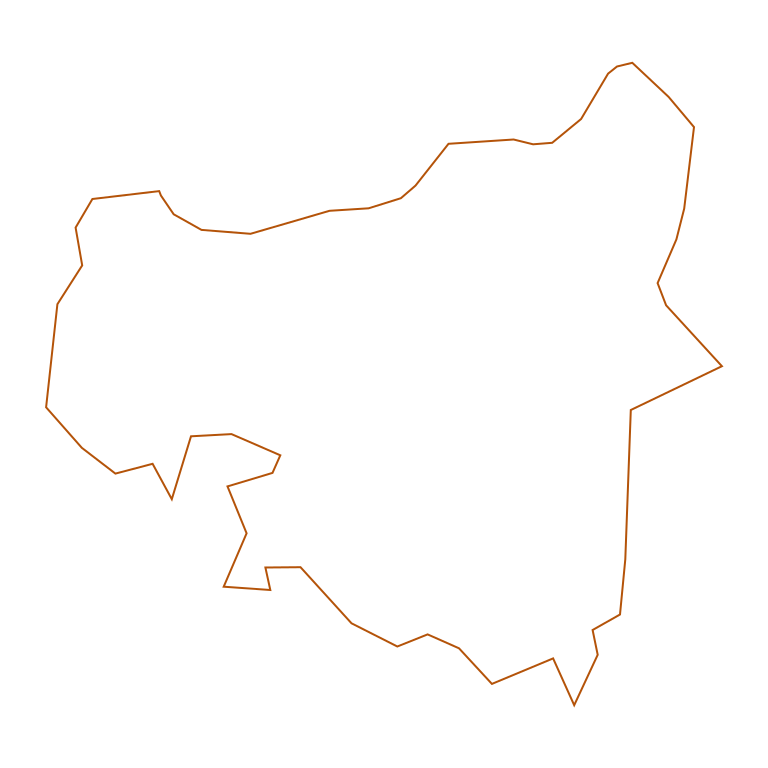 the district of King George, Virginia, United States of America
{"feature_id": "52423323B49915090646837", "entity_name": "King George", "entity_type": "district", "adm_level": 2, "iso_a3": "USA", "parent_name": "United States of America", "parent_adm1": "Virginia", "projection": "albers", "projection_center": [-77.168, 38.271], "detail": "fine", "context": "isolated", "style": "outline", "palette": "amber", "viewbox_px": 768, "rotation_deg": 0, "n_neighbors": 0, "source": "geoboundaries", "source_scale": "gbopen_adm2", "svg_char_len": 789}
<svg xmlns="http://www.w3.org/2000/svg" viewBox="0 0 768 768"><path d="M491.9,683.9L553.1,658.4L574.2,705.2L597.7,654.8L592.6,630.0L620.0,614.5L625.3,559.3L630.8,410.0L721.9,366.2L666.1,305.3L657.6,283.1L676.4,239.4L684.2,208.6L694.0,127.1L668.6,96.9L632.3,62.8L617.0,66.5L608.1,73.6L581.1,119.0L552.2,142.8L533.1,144.3L513.6,139.5L448.5,143.8L415.5,185.6L400.9,198.2L368.6,208.3L329.5,210.8L250.5,233.8L201.5,229.9L173.7,214.3L160.9,195.5L159.2,191.1L92.4,199.0L75.6,227.6L82.2,265.4L57.4,304.2L46.1,407.3L81.8,447.8L115.4,473.6L152.6,463.8L171.8,499.2L191.0,436.3L231.5,434.1L280.3,455.3L272.5,472.9L227.5,486.4L246.6,533.3L223.7,586.7L270.3,590.0L265.4,567.5L300.5,567.2L351.5,623.3L397.3,646.5L427.6,634.4L459.0,648.3L491.9,683.9Z" fill="none" stroke="#b45309" stroke-width="2"/></svg>